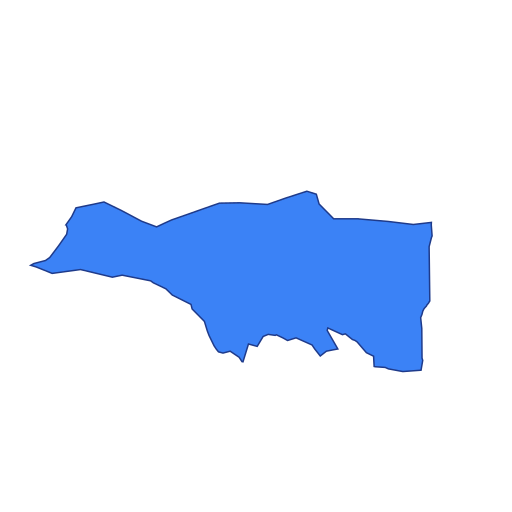 the district of Saki West, Oyo, Nigeria, rotated 26°
{"feature_id": "59680162B14133510851755", "entity_name": "Saki West", "entity_type": "district", "adm_level": 2, "iso_a3": "NGA", "parent_name": "Nigeria", "parent_adm1": "Oyo", "projection": "mercator", "projection_center": [3.175, 8.647], "detail": "fine", "context": "isolated", "style": "filled", "palette": "blue", "viewbox_px": 512, "rotation_deg": 26, "n_neighbors": 0, "source": "geoboundaries", "source_scale": "gbopen_adm2", "svg_char_len": 1508}
<svg xmlns="http://www.w3.org/2000/svg" viewBox="0 0 512 512"><g transform="rotate(26 256 256)"><path d="M73.1,291.6L73.1,301.5L71.5,311.3L71.8,311.2L74.8,314.2L76.3,319.5L74.1,333.4L71.3,347.6L71.2,347.9L68.8,352.3L59.6,360.2L57.6,363.1L63.3,362.2L80.4,361.0L104.2,345.1L136.2,338.0L144.1,331.9L172.2,324.5L175.5,325.1L189.4,325.0L197.9,327.8L218.8,328.0L221.8,331.6L238.3,337.4L245.0,344.6L248.6,348.0L257.7,355.1L261.1,357.1L264.3,358.6L268.9,357.7L274.5,352.9L285.2,354.4L289.7,357.1L290.7,356.8L287.8,338.4L296.7,336.7L297.7,325.2L301.3,321.1L308.1,318.9L308.8,317.9L315.8,317.8L321.4,318.1L327.9,312.0L345.4,311.4L349.5,313.8L357.6,317.7L361.0,310.7L366.1,306.8L370.3,303.7L366.8,301.3L352.6,291.7L352.1,289.2L364.0,288.9L368.2,288.8L370.3,286.9L370.5,286.8L379.2,288.8L382.0,288.5L384.6,288.9L397.6,294.5L405.6,294.5L410.6,303.5L411.6,303.3L421.0,299.5L424.5,299.4L438.6,295.5L454.4,286.3L451.6,276.7L450.0,275.0L436.8,248.5L431.0,239.2L430.8,235.9L430.1,232.5L430.1,230.1L430.4,228.6L431.1,226.3L431.1,225.1L431.6,223.2L431.8,222.0L431.7,221.5L431.9,220.8L431.9,220.2L407.5,171.7L405.6,162.4L405.5,160.8L399.9,151.2L398.9,148.9L397.4,149.9L383.6,158.7L359.4,167.1L332.7,177.4L331.5,177.8L309.5,188.5L289.9,181.6L283.1,174.0L273.3,175.5L257.4,190.8L243.8,204.6L218.1,215.3L200.0,224.5L195.5,229.0L167.2,257.7L164.5,260.4L159.2,266.8L153.9,273.4L138.0,274.9L137.9,274.9L114.6,274.1L100.3,274.1L95.9,274.1L95.7,274.1L87.4,280.6L73.1,291.6Z" fill="#3b82f6" stroke="#1e3a8a" stroke-width="1.5"/></g></svg>